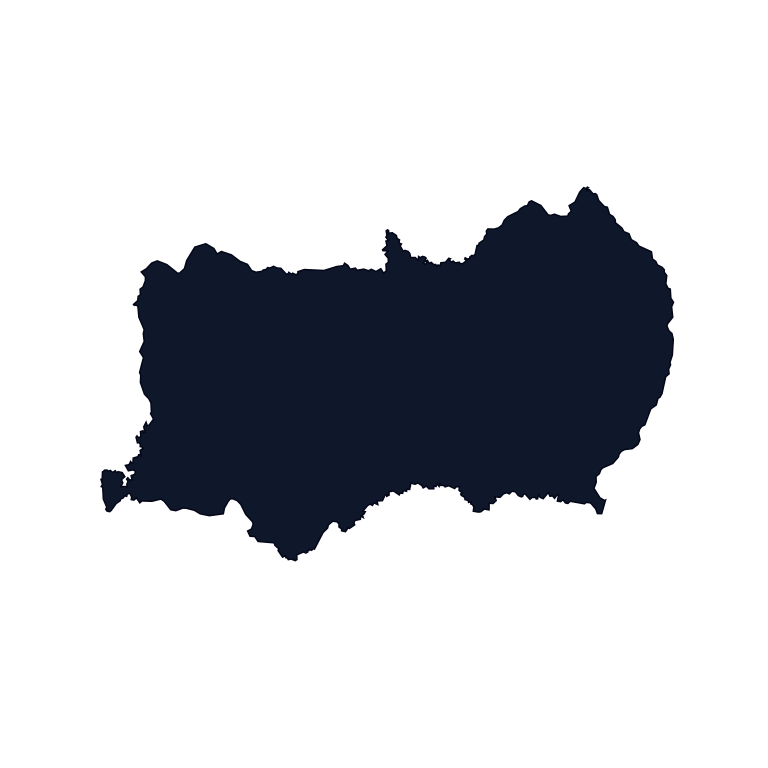 outline of Ngada, Nusa Tenggara Timur, Indonesia, rotated 255°
{"feature_id": "22746128B33181363193361", "entity_name": "Ngada", "entity_type": "district", "adm_level": 2, "iso_a3": "IDN", "parent_name": "Indonesia", "parent_adm1": "Nusa Tenggara Timur", "projection": "albers", "projection_center": [120.974, -8.65], "detail": "fine", "context": "isolated", "style": "filled", "palette": "ink", "viewbox_px": 768, "rotation_deg": 255, "n_neighbors": 0, "source": "geoboundaries", "source_scale": "gbopen_adm2", "svg_char_len": 6152}
<svg xmlns="http://www.w3.org/2000/svg" viewBox="0 0 768 768"><g transform="rotate(255 384 384)"><path d="M202.4,560.7L214.6,568.0L214.4,566.9L218.1,563.2L228.8,559.8L234.2,563.6L239.7,564.8L241.6,568.8L245.3,571.5L246.5,574.1L248.0,584.4L252.9,591.6L255.4,592.9L257.6,596.0L258.4,599.5L257.3,607.1L259.9,613.6L264.1,616.9L271.0,617.2L274.3,619.3L276.4,622.0L277.0,625.4L290.9,635.2L293.3,641.6L299.3,645.0L299.7,647.0L302.7,650.0L318.1,658.0L320.0,662.0L324.7,662.8L328.4,665.8L330.8,665.8L337.3,670.0L352.3,675.0L358.2,675.2L361.6,673.0L366.6,672.3L368.6,673.3L373.8,680.2L384.1,681.8L388.0,684.8L392.7,683.3L401.6,685.1L403.2,683.0L407.9,682.2L415.6,685.2L419.6,683.6L421.8,684.3L424.7,682.9L428.3,678.9L432.0,678.3L435.3,675.7L442.5,676.6L451.3,665.9L455.1,664.6L459.4,660.3L465.8,659.5L469.0,655.2L473.1,654.2L479.9,649.3L482.9,649.9L486.6,648.6L489.4,645.8L497.0,645.5L498.4,642.8L505.7,638.9L511.8,638.5L513.3,637.3L513.5,635.2L518.6,632.7L519.2,631.0L517.2,629.9L520.3,630.5L520.7,632.2L521.5,631.4L520.4,629.7L522.0,627.8L521.4,626.7L518.7,622.7L510.3,615.5L508.4,608.9L502.3,609.6L500.7,606.3L498.6,605.0L500.1,598.1L503.9,592.6L503.7,588.6L504.9,586.3L515.7,581.8L522.8,573.9L522.3,571.3L519.1,568.6L519.5,566.0L518.1,561.1L515.9,558.2L513.6,546.8L511.0,542.5L507.1,539.4L505.2,535.1L505.1,530.5L506.9,524.4L505.2,522.4L502.1,522.0L500.4,519.3L497.3,517.7L495.4,512.3L493.6,511.3L493.7,509.7L485.8,505.6L484.7,503.7L485.5,502.1L484.4,499.7L483.0,499.3L483.2,496.8L484.9,495.1L483.8,494.3L481.9,495.7L480.0,491.6L480.4,488.8L482.1,488.3L482.6,484.2L484.9,482.6L484.1,480.8L487.0,479.2L487.8,480.6L488.7,479.1L485.7,474.9L486.4,470.3L483.9,469.0L485.0,466.9L483.9,465.5L486.1,464.9L486.3,463.1L489.3,461.1L488.8,459.0L491.9,458.0L488.7,455.1L490.9,453.2L492.1,456.8L493.9,456.1L494.6,457.3L496.2,456.2L497.3,454.2L496.7,451.7L498.2,450.4L494.6,449.2L498.2,446.8L499.1,442.6L503.6,442.7L505.9,441.5L507.7,438.7L507.2,436.9L513.1,435.4L514.8,437.1L516.3,434.9L519.2,436.3L521.3,434.3L524.3,434.4L528.0,431.1L528.3,427.8L531.2,428.1L532.0,427.2L531.3,425.7L526.9,425.3L525.3,423.8L521.5,425.4L521.6,422.9L516.8,422.6L514.0,417.3L513.0,417.5L511.6,422.4L508.9,418.5L504.4,420.6L500.4,419.7L499.3,416.9L492.8,415.5L491.1,412.3L496.2,410.8L494.7,405.4L498.1,401.4L497.4,398.3L500.2,394.3L500.8,387.6L503.4,386.3L503.6,381.1L507.9,379.8L510.9,377.2L508.8,375.3L509.7,368.9L509.2,355.3L515.2,336.6L514.8,329.9L512.8,329.4L512.4,327.2L514.7,324.4L514.0,323.0L516.5,320.9L515.2,320.0L515.5,318.0L522.5,314.3L523.8,310.6L526.3,307.7L525.5,304.0L526.6,301.7L525.2,299.9L525.4,296.8L524.4,295.3L525.1,289.3L527.8,285.5L534.9,283.1L539.8,276.6L548.2,270.1L554.1,261.2L552.8,256.4L558.9,254.8L565.6,248.2L565.2,236.7L554.4,225.4L547.1,221.1L543.9,215.0L544.6,213.2L555.5,205.2L561.6,196.9L561.0,191.0L556.8,184.2L555.1,178.5L549.3,181.3L545.5,180.2L540.1,176.3L538.7,172.9L533.2,171.8L532.3,169.2L528.3,167.7L525.7,162.6L524.6,163.1L524.2,165.6L522.2,166.3L512.0,164.5L498.6,166.4L494.8,164.5L487.2,163.4L478.6,156.4L471.8,158.5L458.4,150.9L455.5,151.3L448.5,149.1L436.1,150.0L430.7,153.0L426.1,154.0L417.2,152.1L415.9,150.8L409.8,152.3L404.9,146.3L405.4,144.5L408.7,144.3L404.8,140.8L399.6,140.8L399.2,139.2L401.2,139.1L401.1,136.5L395.6,135.3L396.1,132.6L397.8,132.0L396.8,130.7L390.9,130.6L390.9,132.1L389.0,133.0L386.6,132.3L385.6,134.3L384.3,134.5L382.9,131.2L376.7,130.7L379.1,129.7L379.1,128.6L377.5,127.6L377.4,122.6L372.8,121.1L372.6,120.1L374.7,119.2L372.1,116.9L372.3,113.1L366.3,114.6L366.0,119.5L364.0,121.3L361.3,119.9L360.9,116.0L356.5,115.8L357.3,113.4L359.8,112.3L358.7,110.7L356.4,111.6L353.5,109.5L351.4,109.6L353.0,103.3L356.1,106.1L359.5,105.7L361.6,109.7L366.2,108.2L368.1,104.6L367.7,102.6L369.8,102.0L368.8,99.0L371.4,97.3L371.1,95.3L372.5,94.3L373.1,92.0L371.9,89.3L365.4,87.3L365.2,85.9L359.9,86.1L358.1,84.3L357.0,85.6L345.5,83.1L336.9,84.3L334.9,82.8L332.9,83.6L331.7,85.9L332.4,87.7L337.8,94.3L339.5,99.0L341.2,100.1L341.4,102.5L343.1,104.5L342.1,106.4L344.0,107.4L344.4,109.1L343.6,110.4L340.0,111.0L337.8,109.9L336.6,112.3L338.0,115.4L332.4,117.4L333.7,119.9L330.8,129.4L330.6,138.7L327.6,141.3L317.7,145.5L315.5,150.1L316.2,157.5L315.2,160.8L311.1,168.1L306.2,172.8L302.0,181.2L300.2,195.2L305.5,197.8L310.9,203.1L312.8,205.7L312.2,208.4L309.3,212.0L304.8,214.5L293.8,216.7L284.6,221.5L282.0,221.1L278.2,218.4L277.3,214.2L271.6,215.2L270.1,219.7L264.5,221.6L259.0,236.8L256.3,236.9L252.1,239.7L250.5,238.6L243.0,241.2L243.6,244.3L241.5,244.3L241.0,245.6L239.1,246.1L239.0,248.9L236.3,252.6L237.0,254.5L241.5,255.5L242.6,262.7L240.9,264.8L241.4,266.8L243.0,266.8L242.5,268.3L243.5,269.2L242.1,271.0L243.3,273.5L242.5,274.1L256.3,286.7L259.4,292.2L262.3,293.8L264.7,299.0L263.1,302.9L260.4,304.3L257.5,303.5L254.8,305.7L253.2,305.0L251.3,308.6L254.3,311.9L253.4,313.2L255.5,319.2L257.7,319.1L259.7,320.6L259.4,326.1L262.4,327.5L260.4,329.4L263.7,329.3L263.5,330.9L265.5,332.9L266.5,330.5L270.9,336.8L271.6,339.4L269.7,341.4L271.8,343.5L269.1,346.8L272.8,347.1L271.7,352.3L276.3,356.2L276.7,357.8L274.8,357.6L275.4,360.2L278.6,360.9L278.2,365.5L272.9,370.0L274.4,371.1L273.6,373.7L276.0,375.1L274.5,378.0L276.4,378.7L275.5,381.5L281.3,384.3L279.1,388.1L279.6,391.2L276.0,394.3L273.5,394.9L274.4,398.5L271.1,400.3L269.9,405.0L272.6,405.6L271.5,407.7L273.7,409.5L270.8,410.7L273.4,412.2L271.3,412.6L270.7,415.2L268.8,416.3L269.0,420.1L264.7,425.2L265.9,426.8L265.4,430.3L261.8,428.9L258.7,431.3L257.9,429.6L256.5,429.8L253.5,432.7L251.4,432.3L249.8,435.0L247.7,435.1L247.7,437.6L245.7,436.8L244.6,438.3L241.8,438.9L238.0,437.3L235.8,442.1L235.5,444.5L237.2,448.5L235.2,452.9L241.6,454.7L240.3,458.4L242.3,462.2L246.3,461.9L244.5,466.8L247.0,471.0L247.2,474.4L245.4,476.6L247.3,479.8L245.9,483.0L241.5,484.8L239.5,487.3L239.5,488.8L241.5,490.3L241.2,491.9L234.8,495.1L236.1,497.6L235.2,500.9L233.5,501.3L233.3,502.6L237.0,504.7L234.1,505.5L232.0,508.1L236.7,514.7L232.6,515.2L232.3,517.8L229.4,519.2L232.1,522.5L231.6,523.9L226.0,521.1L224.6,524.2L225.9,526.9L222.2,528.4L221.0,530.7L222.5,533.5L216.4,546.6L217.3,548.9L215.6,552.8L208.5,556.2L203.6,556.6L202.4,560.7Z" fill="#0f172a" stroke="#020617" stroke-width="1.5"/></g></svg>